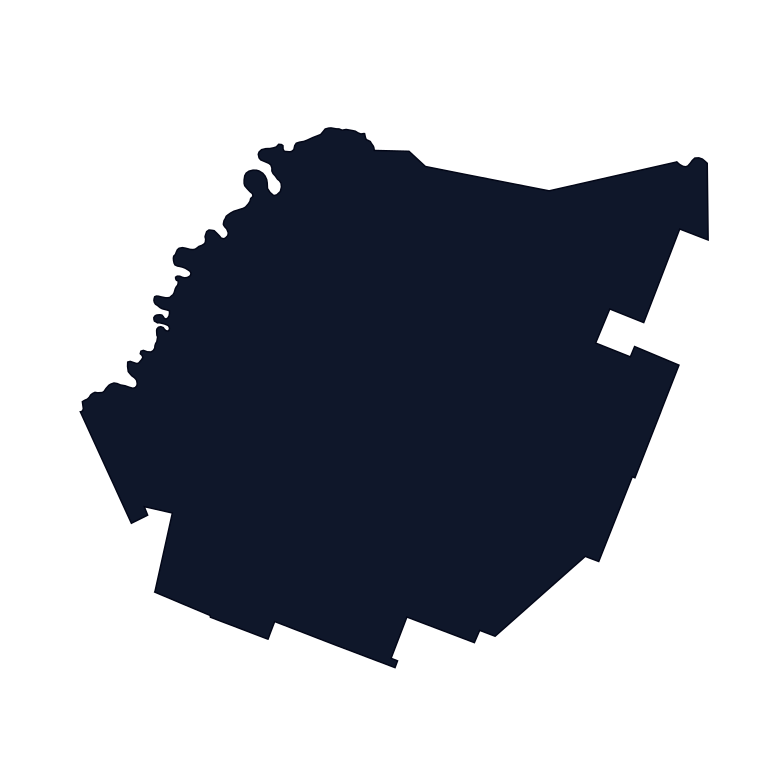 outline of San Martín, Santiago del Estero, Argentina, rotated 100°
{"feature_id": "61730980B99739045741141", "entity_name": "San Martín", "entity_type": "district", "adm_level": 2, "iso_a3": "ARG", "parent_name": "Argentina", "parent_adm1": "Santiago del Estero", "projection": "orthographic", "projection_center": [-63.906, -28.198], "detail": "fine", "context": "isolated", "style": "filled", "palette": "ink", "viewbox_px": 768, "rotation_deg": 100, "n_neighbors": 0, "source": "geoboundaries", "source_scale": "gbopen_adm2", "svg_char_len": 4356}
<svg xmlns="http://www.w3.org/2000/svg" viewBox="0 0 768 768"><g transform="rotate(100 384 384)"><path d="M649.8,384.9L661.4,323.9L654.3,322.6L652.9,329.4L609.5,321.0L623.0,250.1L610.0,247.0L613.1,230.8L610.7,228.9L587.8,210.7L566.1,193.5L536.4,169.9L531.0,165.6L522.4,158.7L518.8,155.9L519.1,154.2L519.3,153.4L520.5,147.0L521.5,141.7L432.2,123.4L432.8,120.6L363.8,106.7L360.4,106.1L318.2,97.6L314.2,96.8L303.6,143.7L314.5,146.1L306.9,182.7L270.9,174.7L278.4,138.9L259.6,135.2L236.6,130.7L180.0,119.7L185.9,89.8L110.5,104.0L108.8,106.7L107.2,109.5L106.6,113.2L107.5,117.1L110.3,119.2L113.2,120.6L116.6,122.7L117.7,124.7L117.7,127.4L116.5,130.9L115.5,132.6L114.4,134.2L114.5,134.3L165.1,254.9L164.3,298.2L163.5,339.7L162.6,381.0L150.5,399.8L155.7,434.1L152.6,435.2L151.2,436.2L150.2,437.3L148.6,438.8L147.6,439.6L146.9,441.8L146.7,442.9L146.0,444.2L144.8,444.9L144.0,445.3L140.8,446.6L140.8,447.2L141.8,450.2L141.2,453.2L140.0,456.2L139.9,458.9L139.9,462.3L139.9,465.5L141.3,469.3L140.6,472.5L141.0,475.3L141.0,480.6L141.6,483.0L143.1,486.2L145.7,487.6L149.3,489.7L153.8,497.1L157.2,502.0L159.0,505.0L160.5,509.2L162.1,512.2L164.7,513.3L168.9,513.5L171.1,515.5L171.7,517.3L172.2,522.6L170.2,524.2L166.8,524.9L166.0,526.5L166.2,529.3L169.2,531.2L170.6,533.8L171.9,537.2L172.7,541.2L174.5,545.3L177.2,547.3L179.6,547.7L183.0,546.3L184.7,544.3L185.5,540.7L186.3,537.3L186.7,535.7L187.9,533.5L190.7,531.9L193.7,531.4L196.0,529.8L198.0,527.2L200.8,524.4L202.0,522.2L204.2,520.2L207.8,519.2L212.4,519.5L216.4,522.5L217.6,525.3L215.1,529.5L211.7,532.7L206.3,533.9L203.1,535.0L199.9,537.2L197.5,540.0L195.9,544.0L195.6,546.8L196.2,550.3L197.8,553.9L200.2,556.3L203.1,557.3L207.3,557.2L210.7,556.6L212.9,555.6L215.4,552.6L217.8,549.4L219.4,546.6L222.0,545.6L224.4,547.5L227.4,547.7L230.2,548.9L233.8,551.1L235.5,553.2L236.9,556.0L238.5,559.0L239.9,561.8L242.2,564.7L244.6,567.1L246.2,568.5L248.8,569.1L250.8,569.9L253.8,570.0L255.0,569.8L256.8,568.2L258.6,565.8L262.2,563.6L265.0,563.6L267.8,565.5L268.8,567.1L268.6,569.7L266.8,571.7L264.5,574.9L262.5,577.9L262.5,579.9L262.7,583.1L264.7,585.1L268.5,585.7L270.1,585.8L272.3,584.8L275.1,584.6L276.7,585.0L277.8,586.0L279.2,587.6L280.6,590.1L282.4,591.7L284.0,593.3L284.8,595.5L285.1,598.3L284.9,600.5L284.7,603.3L284.7,606.2L285.9,609.4L287.7,610.8L290.0,611.4L292.8,612.0L294.6,613.3L296.6,613.3L299.0,612.7L301.4,611.7L303.0,610.5L303.7,607.9L303.7,605.7L303.9,602.7L304.5,599.7L305.7,596.7L306.6,594.7L308.4,593.3L310.8,593.5L312.1,594.7L313.3,596.3L314.1,598.9L313.9,601.4L313.3,603.8L313.7,606.4L315.0,607.8L316.6,607.4L317.9,606.4L318.3,604.6L320.5,604.2L322.5,604.4L324.5,605.5L326.6,606.1L330.4,606.5L332.8,607.3L334.0,608.5L336.0,610.0L336.8,612.6L337.0,614.4L336.9,618.8L336.7,621.4L336.9,623.4L337.9,625.0L339.9,625.2L341.7,625.1L343.5,624.3L345.1,622.9L345.9,620.9L347.7,617.7L348.4,615.5L348.6,613.1L348.8,610.3L349.2,608.0L351.8,607.5L354.2,607.5L356.4,608.3L358.0,609.9L357.4,611.9L356.0,613.1L354.7,614.7L354.7,616.7L355.5,619.7L356.5,621.2L358.5,622.2L360.3,621.8L361.9,621.0L362.5,619.2L363.1,617.8L362.7,615.6L362.8,613.4L363.0,610.6L363.6,607.8L364.0,606.6L365.0,605.6L366.6,604.8L368.8,605.2L369.4,606.2L369.4,608.0L368.2,609.8L366.8,611.2L366.3,613.8L367.3,616.0L369.3,617.2L370.9,617.2L373.1,616.7L375.5,616.1L376.9,615.1L379.3,615.1L381.9,615.1L383.7,615.9L386.1,616.2L388.5,616.0L391.1,617.0L392.9,619.0L393.4,622.8L393.0,624.8L392.7,626.9L393.9,629.1L396.5,629.3L397.8,627.3L399.6,626.1L402.0,626.9L404.2,628.2L406.2,629.4L406.8,631.4L406.2,635.3L405.8,637.9L406.9,640.2L411.2,639.6L416.2,638.0L418.1,635.8L419.7,633.8L421.1,630.9L422.8,628.7L424.2,627.9L426.6,627.1L428.6,627.1L430.8,628.4L431.8,630.6L431.4,634.5L430.7,638.7L430.7,643.4L429.9,646.8L429.9,650.1L431.6,653.1L433.0,654.7L436.7,657.0L439.9,658.4L441.3,659.9L442.4,664.5L442.4,667.2L444.0,669.4L445.8,671.0L448.2,671.9L450.4,673.5L452.2,676.2L453.8,678.0L458.1,676.6L460.5,675.8L462.7,676.2L463.9,677.5L464.1,678.2L518.2,640.9L533.2,630.5L536.6,628.2L565.0,608.6L554.2,594.0L546.4,598.8L547.8,570.0L627.8,573.5L628.7,573.7L629.8,569.0L635.4,544.6L642.1,515.1L643.9,514.4L643.9,513.9L646.0,503.2L648.1,492.1L655.3,454.8L655.3,454.5L655.4,454.2L655.4,453.9L654.8,453.8L653.8,453.6L650.3,453.0L639.4,450.9L636.9,450.4L640.8,430.7L643.9,414.8L645.8,405.3L649.8,384.9Z" fill="#0f172a" stroke="#020617" stroke-width="1.5"/></g></svg>